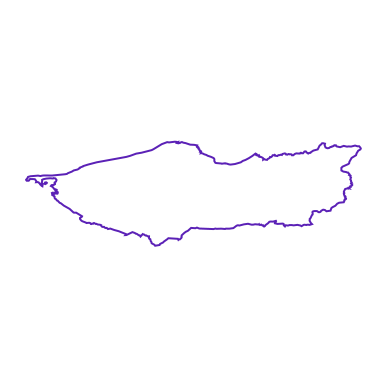 Pinrang, Sulawesi Selatan, Indonesia (Equal Earth projection), rotated 93°
{"feature_id": "22746128B71783882222616", "entity_name": "Pinrang", "entity_type": "district", "adm_level": 2, "iso_a3": "IDN", "parent_name": "Indonesia", "parent_adm1": "Sulawesi Selatan", "projection": "equal_earth", "projection_center": [119.581, -3.649], "detail": "fine", "context": "isolated", "style": "outline", "palette": "violet", "viewbox_px": 384, "rotation_deg": 93, "n_neighbors": 0, "source": "geoboundaries", "source_scale": "gbopen_adm2", "svg_char_len": 6004}
<svg xmlns="http://www.w3.org/2000/svg" viewBox="0 0 384 384"><g transform="rotate(93 192 192)"><path d="M217.8,70.5L216.7,71.7L214.5,73.1L213.6,72.9L212.9,73.1L211.7,72.2L208.9,71.1L208.2,70.4L207.6,70.3L205.8,70.7L205.2,70.4L204.7,69.2L204.5,66.7L204.6,66.0L205.5,64.6L205.5,63.6L205.0,62.6L204.0,62.0L202.8,60.1L203.0,58.4L204.2,56.7L203.4,52.7L200.8,52.0L199.9,51.0L198.2,48.1L196.1,46.4L195.0,44.5L194.3,39.9L192.7,39.3L192.3,39.5L191.9,39.1L191.3,39.0L191.2,38.2L190.8,37.8L190.5,37.8L189.0,39.0L188.6,38.5L188.2,38.7L187.6,39.6L186.7,40.0L185.7,40.3L185.1,39.8L184.1,40.4L183.5,40.3L181.0,39.2L180.3,37.2L180.4,36.1L179.8,36.0L180.0,35.2L179.5,35.6L179.3,35.1L178.6,34.7L178.6,34.0L178.0,34.2L177.4,32.9L176.7,32.4L176.1,32.9L175.7,32.6L175.1,33.6L174.1,33.0L173.4,33.7L172.1,33.8L171.2,34.6L169.2,34.0L168.6,34.7L167.4,34.5L166.8,36.0L166.1,35.6L164.4,37.2L164.5,37.8L164.0,39.1L163.7,41.9L162.7,43.9L160.1,44.1L158.8,43.0L156.0,37.5L155.2,36.6L153.6,36.4L149.6,34.4L146.7,30.1L144.9,29.7L142.1,28.2L140.7,26.1L139.8,25.7L139.0,26.1L137.6,27.4L137.7,29.1L137.1,31.6L138.3,35.5L138.3,38.2L138.6,39.6L138.0,42.9L139.5,46.4L138.9,49.9L138.3,50.5L138.2,51.1L137.9,51.0L137.8,51.9L138.2,52.8L138.8,53.2L139.1,54.5L139.6,54.8L139.8,56.1L140.8,57.3L141.2,58.7L141.1,59.6L140.5,61.0L138.3,62.0L136.8,61.7L136.4,63.8L136.7,64.9L137.6,65.4L139.0,67.0L142.9,68.7L144.3,73.0L146.3,75.7L146.7,75.8L146.9,77.2L147.5,77.8L147.4,78.3L146.8,78.9L146.6,79.7L145.6,80.3L145.5,80.9L145.7,81.8L147.5,83.1L147.6,84.3L147.2,84.8L147.2,85.7L147.9,86.1L148.0,86.5L148.0,89.9L148.6,91.3L150.0,92.8L150.1,94.1L149.3,94.5L149.1,95.3L149.3,96.3L149.0,97.3L149.1,97.8L149.7,98.6L149.6,100.1L148.9,100.4L148.6,101.3L149.3,103.6L149.8,104.1L150.3,104.2L150.1,105.3L150.6,106.5L150.7,107.7L151.6,108.6L151.4,111.0L150.6,111.2L150.5,111.5L151.0,112.2L151.1,113.4L152.3,114.0L153.0,114.8L152.9,115.9L154.0,116.3L155.1,118.1L156.0,118.7L155.8,120.7L155.3,121.6L156.0,122.6L154.8,122.6L154.3,123.0L153.5,124.6L153.3,126.8L152.9,127.0L152.3,126.7L151.7,127.1L152.3,128.1L152.1,128.8L151.5,129.0L151.7,129.9L151.4,130.1L150.6,129.9L150.3,130.6L152.9,133.7L155.3,137.1L157.2,140.3L158.3,142.9L159.8,144.8L161.8,150.5L162.6,154.9L162.5,156.3L161.8,158.9L161.8,160.5L161.6,160.6L162.2,163.7L162.0,164.4L161.8,169.6L161.5,170.3L160.0,171.3L158.1,171.4L157.4,171.7L156.8,172.6L155.9,174.9L154.9,178.5L154.3,179.4L153.7,181.8L153.1,183.0L152.7,184.7L152.1,184.8L152.5,185.3L151.3,185.2L151.3,186.0L150.5,185.7L150.0,186.7L149.0,186.8L148.6,187.2L148.6,187.7L147.9,188.1L147.6,187.9L147.2,188.8L146.7,188.5L146.3,189.5L145.2,189.2L144.8,192.1L144.8,196.3L143.5,201.0L143.2,203.3L142.7,204.5L142.8,205.4L143.4,206.1L144.1,208.1L143.8,210.2L143.4,210.2L143.3,208.4L142.7,208.3L143.0,209.2L142.7,210.4L142.7,211.9L143.7,217.5L143.5,219.4L145.8,224.7L151.2,232.6L152.3,234.5L155.4,244.4L156.6,249.7L159.1,255.6L160.4,259.5L167.3,288.6L170.0,297.1L171.8,302.0L172.1,302.1L173.6,305.4L174.0,305.3L175.5,307.4L176.7,311.3L177.9,313.0L179.7,316.9L180.5,317.9L180.9,319.6L182.9,332.7L183.2,340.5L183.5,342.5L184.0,344.1L183.7,346.6L184.7,354.0L185.5,356.5L187.2,357.3L188.4,358.3L188.8,358.2L189.4,357.6L189.3,355.8L188.9,355.2L187.8,354.9L187.5,354.1L187.4,350.3L187.6,349.4L189.5,347.9L190.4,348.2L190.2,346.7L190.4,345.7L191.2,345.0L191.6,344.2L192.2,344.1L192.2,343.9L193.0,343.2L193.2,342.6L193.7,342.5L194.1,341.7L191.7,341.5L191.5,342.1L190.6,342.4L188.6,342.2L187.8,342.4L187.5,342.0L187.0,341.1L186.2,338.1L185.7,334.4L185.8,331.5L185.4,331.0L185.6,329.1L187.1,327.9L188.7,328.4L189.7,329.7L190.3,329.8L190.9,329.2L191.3,329.2L192.2,330.5L192.5,332.6L193.4,333.2L194.3,331.4L196.8,329.2L196.9,328.6L196.5,328.4L196.7,327.8L197.4,328.6L197.8,328.4L198.0,327.9L197.7,327.3L198.1,327.0L198.0,326.5L198.3,327.5L198.5,327.6L198.5,326.1L198.8,326.9L199.1,326.3L199.6,326.6L200.0,326.0L200.7,326.3L200.7,327.5L199.8,326.8L199.3,327.9L199.9,328.1L199.9,328.7L200.3,329.0L201.1,328.8L200.1,329.2L200.0,329.6L201.4,329.8L201.2,330.3L200.4,330.3L200.6,331.1L200.1,331.5L200.8,332.6L200.6,332.0L200.9,331.7L201.5,331.3L202.2,331.5L203.7,329.0L204.8,329.0L205.7,328.6L206.3,327.4L207.5,326.5L207.7,325.7L209.7,323.6L210.1,322.4L212.3,319.3L215.3,313.3L218.7,309.2L218.8,308.2L218.7,306.6L222.0,300.5L222.5,300.7L223.8,302.5L224.8,302.4L226.3,301.1L226.9,300.1L228.2,296.1L228.5,295.8L228.1,293.0L228.5,291.8L229.2,291.4L229.3,290.9L228.9,290.1L228.8,289.0L228.3,288.8L228.1,288.2L229.0,286.3L228.8,285.8L229.4,284.4L229.5,282.2L229.9,281.0L230.3,281.1L231.5,279.8L231.4,278.0L232.1,277.4L232.5,276.2L232.3,275.3L233.4,274.0L232.8,271.7L234.0,267.7L235.0,263.1L237.6,255.4L238.5,256.1L238.4,255.2L235.2,249.4L235.9,247.0L236.6,245.9L236.6,245.2L237.0,244.4L238.0,242.9L238.0,242.0L239.2,241.1L236.6,239.0L236.9,238.5L236.9,237.8L237.9,236.2L237.8,235.2L238.6,234.0L238.5,232.6L240.3,232.5L241.1,232.0L241.3,231.2L243.3,230.6L244.1,229.9L245.3,229.6L246.7,226.7L247.6,226.0L246.6,221.6L245.5,221.1L243.9,218.2L243.0,217.5L240.4,214.2L239.4,213.2L239.5,203.6L240.5,203.1L240.1,202.7L239.9,201.6L238.4,200.2L237.4,199.9L236.8,200.2L235.8,200.0L233.3,197.6L232.0,196.0L231.0,194.1L227.9,191.0L228.0,186.7L227.3,185.2L228.1,182.8L227.9,168.6L227.3,166.7L227.5,165.7L227.1,161.0L227.2,157.0L226.8,156.2L226.7,153.0L225.9,148.8L223.3,145.7L222.8,144.4L223.0,142.9L221.6,138.5L220.8,134.4L221.5,130.9L221.4,129.2L220.9,127.3L221.0,123.7L220.7,123.4L221.1,123.2L221.4,122.3L220.9,121.2L221.6,120.2L221.5,119.3L222.4,118.9L222.7,118.2L222.2,117.4L221.4,117.1L219.1,114.3L217.7,113.2L217.4,112.0L217.3,109.4L216.4,106.7L216.7,106.5L217.7,106.9L218.3,107.6L218.9,107.6L219.4,105.0L218.8,99.6L219.2,98.8L220.5,98.6L221.5,97.4L221.1,97.2L220.5,97.4L220.3,96.7L220.5,94.4L219.9,92.8L219.8,90.6L220.0,88.8L219.3,85.0L219.8,81.9L220.4,80.8L219.0,78.8L218.8,77.8L219.0,76.1L218.7,75.5L218.6,74.3L218.7,72.8L217.8,70.5ZM191.8,339.0L190.9,337.6L190.5,337.4L190.0,338.0L190.1,339.1L190.6,339.5L191.6,339.5L191.8,339.0Z" fill="none" stroke="#5b21b6" stroke-width="2"/></g></svg>